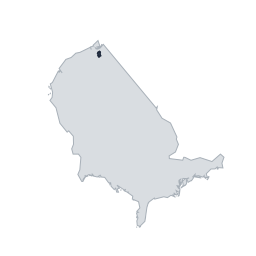 location of Kittitas, Washington, United States of America, rotated 59°
{"feature_id": "52423323B21025471162959", "entity_name": "Kittitas", "entity_type": "district", "adm_level": 2, "iso_a3": "USA", "parent_name": "United States of America", "parent_adm1": "Washington", "projection": "albers", "projection_center": [-120.862, 47.167], "detail": "fine", "context": "in_parent", "style": "filled", "palette": "slate", "viewbox_px": 256, "rotation_deg": 59, "n_neighbors": 0, "source": "geoboundaries", "source_scale": "gbopen_adm2", "svg_char_len": 4471}
<svg xmlns="http://www.w3.org/2000/svg" viewBox="0 0 256 256"><g transform="rotate(59 128 128)"><path d="M190.5,81.5L200.0,73.3L198.0,62.2L202.5,60.8L206.5,65.6L211.1,67.2L208.3,71.3L208.8,72.4L207.3,71.7L207.9,74.4L205.9,78.0L207.5,84.5L210.8,85.3L211.7,84.2L210.8,83.5L211.4,83.7L212.3,84.6L209.5,87.8L208.0,87.2L208.8,89.0L205.1,92.1L203.4,96.2L203.0,94.9L202.2,94.3L203.2,97.6L204.4,97.5L205.6,100.1L205.5,104.4L202.1,104.0L202.2,101.3L201.6,103.6L203.5,105.3L205.2,105.9L206.2,107.1L206.7,113.7L205.5,110.1L201.6,108.6L201.0,104.6L199.5,106.9L203.1,111.0L200.2,110.9L199.6,111.5L199.4,109.7L199.0,109.2L199.0,110.8L199.6,111.8L203.8,111.6L203.6,112.8L201.2,112.1L200.5,112.2L203.5,113.0L204.5,112.9L204.7,114.3L203.2,114.0L205.8,114.8L205.6,115.3L204.3,114.9L202.1,115.7L205.6,115.8L207.0,114.8L211.2,118.0L207.8,115.6L209.6,117.4L206.4,118.9L209.8,119.6L210.4,118.3L210.3,121.0L207.1,122.2L209.4,122.1L208.5,123.9L210.7,123.5L207.8,125.9L208.0,130.0L205.4,132.7L202.7,141.7L201.6,141.5L202.2,147.9L202.7,149.3L205.8,152.7L216.7,161.6L218.4,168.5L216.2,170.2L212.2,168.3L210.2,165.8L205.2,164.5L205.6,162.5L204.0,163.4L202.6,159.0L196.6,156.9L191.1,160.9L188.9,159.0L182.9,161.6L183.2,160.3L182.6,161.7L180.1,163.4L179.2,161.5L179.4,163.0L171.3,166.9L175.2,166.4L174.7,168.7L178.1,169.2L177.1,170.7L173.2,169.7L173.7,171.5L169.2,172.5L166.0,171.1L165.1,172.8L158.3,173.4L155.6,177.1L156.3,176.1L154.1,176.1L154.2,179.5L151.0,182.8L151.7,181.9L149.1,182.4L150.3,183.2L147.8,185.4L147.7,189.2L146.2,189.1L147.6,189.6L148.8,192.7L150.6,194.2L149.9,195.2L142.0,194.9L139.0,190.8L128.9,183.5L124.9,183.9L122.1,188.5L116.9,187.0L113.9,183.1L106.9,179.1L99.9,180.3L100.2,182.3L88.9,183.9L73.6,179.3L64.2,180.7L62.7,177.3L58.5,174.2L50.2,171.9L50.1,169.4L43.3,158.4L43.6,157.3L44.9,158.7L44.1,156.3L46.9,156.1L41.5,156.4L37.2,145.9L38.3,140.4L37.0,134.2L38.4,130.2L39.4,118.7L41.9,119.1L39.2,118.4L40.0,115.3L39.1,115.3L37.6,108.7L43.5,110.0L42.3,113.4L44.2,111.0L44.0,113.9L42.6,114.6L43.6,114.7L44.7,113.6L45.1,110.6L43.6,106.1L125.3,93.6L124.8,91.9L127.2,94.1L137.2,93.8L145.6,89.0L160.9,90.7L162.4,92.3L168.0,93.2L173.0,99.7L173.1,107.1L175.5,108.3L183.8,97.7L181.8,95.3L182.5,94.3L188.1,90.6L190.5,81.5ZM207.0,92.4L208.6,90.9L203.6,96.8L207.3,91.3L207.0,92.4ZM44.0,108.9L44.7,110.7L44.7,111.0L43.6,109.6L44.0,108.9ZM150.3,193.7L148.5,191.3L148.1,189.7L148.8,191.3L150.3,193.7ZM208.8,71.2L209.4,72.0L209.0,72.0L208.8,71.2ZM166.4,171.9L166.8,172.5L166.0,172.2L166.4,171.9ZM53.4,174.6L54.4,174.2L54.5,174.3L53.4,174.6ZM52.4,174.3L52.1,174.8L51.7,174.4L52.4,174.3ZM211.1,86.8L211.0,87.6L210.7,87.6L211.1,86.8ZM148.2,188.1L148.0,189.5L148.6,186.7L148.2,188.1ZM213.2,158.6L215.3,160.4L213.0,158.5L213.2,158.6ZM58.4,176.7L58.8,177.4L58.3,176.7L58.4,176.7ZM219.0,168.6L218.7,169.8L219.0,167.6L219.0,168.6ZM212.3,119.2L212.2,120.5L211.4,118.1L212.3,119.2ZM43.2,107.4L43.2,107.9L42.9,107.6L43.2,107.4ZM150.5,183.7L149.3,184.7L150.5,183.5L150.5,183.7ZM212.8,85.8L213.2,86.4L212.6,86.6L212.8,85.8ZM58.4,178.7L58.8,179.5L58.3,178.8L58.4,178.7ZM149.1,185.3L148.7,185.7L149.0,185.1L149.1,185.3ZM206.6,108.2L206.6,109.9L206.4,107.7L206.6,108.2ZM155.4,177.8L154.7,178.6L155.6,177.3L155.4,177.8ZM202.7,148.4L203.0,149.5L202.6,148.9L202.7,148.4ZM211.1,123.5L210.9,123.9L211.2,122.7L211.1,123.5ZM193.2,159.6L192.4,160.6L192.0,160.7L193.2,159.6ZM179.6,163.4L179.5,163.6L178.9,163.8L179.6,163.4ZM209.2,166.5L209.7,167.1L208.9,166.5L209.2,166.5ZM177.6,165.9L177.7,166.6L177.2,165.5L177.6,165.9ZM217.6,171.5L217.0,171.9L217.7,171.3L217.6,171.5ZM205.8,100.6L205.8,101.4L205.7,100.3L205.8,100.6ZM211.7,121.1L211.6,121.5L211.7,121.1Z" fill="#d9dde1" stroke="#a8b0b8" stroke-width="1"/><path d="M47.7,114.9L47.8,115.0L47.8,114.9L48.0,115.0L48.0,114.9L48.2,115.0L48.3,115.1L48.5,115.2L48.5,115.3L48.7,115.5L48.8,115.7L50.1,115.7L50.1,116.1L50.5,116.1L50.5,116.5L52.1,116.5L52.2,116.4L52.3,116.2L52.2,115.9L52.2,115.7L52.0,115.3L52.0,115.1L51.9,115.0L52.0,114.8L52.0,114.7L52.0,114.3L51.8,114.3L51.7,114.1L51.4,114.1L51.2,114.1L50.9,114.1L50.7,114.0L50.6,113.9L50.4,113.8L50.2,113.8L50.2,113.7L50.2,113.8L50.1,113.7L49.9,113.7L49.7,113.5L49.6,113.4L49.4,113.4L49.2,113.4L49.2,113.2L48.9,113.0L49.0,113.0L48.9,113.0L48.9,112.9L48.7,112.8L48.7,112.7L48.4,112.6L48.2,112.8L48.0,113.1L47.9,113.1L47.7,113.3L47.6,113.5L47.6,113.8L47.6,114.0L47.9,114.0L47.8,114.3L48.0,114.4L47.9,114.5L48.0,114.6L47.9,114.7L47.7,114.7L47.7,114.8L47.7,114.9Z" fill="#64748b" stroke="#1e293b" stroke-width="1.5"/></g></svg>